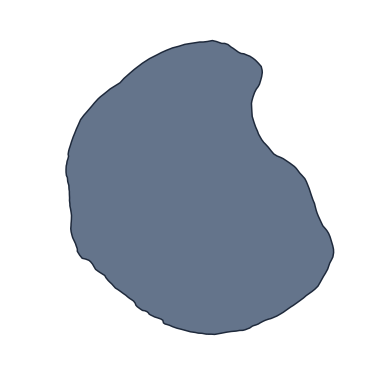 the district of North Nilandhoo, Maldives, rotated 168°
{"feature_id": "70690204B63708858601891", "entity_name": "North Nilandhoo", "entity_type": "district", "adm_level": 2, "iso_a3": "MDV", "parent_name": "Maldives", "parent_adm1": "", "projection": "mercator", "projection_center": [72.923, 3.188], "detail": "fine", "context": "isolated", "style": "filled", "palette": "slate", "viewbox_px": 384, "rotation_deg": 168, "n_neighbors": 0, "source": "geoboundaries", "source_scale": "gbopen_adm2", "svg_char_len": 3010}
<svg xmlns="http://www.w3.org/2000/svg" viewBox="0 0 384 384"><g transform="rotate(168 192 192)"><path d="M168.5,337.9L174.5,337.3L181.1,337.0L187.6,335.9L192.8,334.8L197.8,333.4L205.8,331.3L213.7,328.3L218.8,325.9L222.8,324.0L228.3,321.0L235.0,317.2L239.7,313.8L246.3,311.4L250.7,309.8L256.3,306.9L261.6,304.3L264.5,302.6L268.8,299.5L273.0,296.2L277.3,292.9L281.6,289.7L285.9,286.0L289.5,281.0L292.1,277.5L294.2,274.3L296.8,270.5L299.6,265.9L301.3,262.8L303.0,259.9L304.1,257.8L305.3,254.7L305.3,252.7L306.2,250.7L307.8,248.0L308.8,245.3L309.6,243.7L310.5,240.4L311.1,237.5L311.4,234.2L310.9,232.0L311.4,228.0L311.1,224.0L311.7,220.4L311.8,218.2L312.4,215.3L313.0,211.6L313.6,209.2L313.9,205.8L314.3,203.8L314.3,200.6L314.5,196.7L314.7,194.2L315.6,190.5L316.2,188.3L316.8,186.4L317.3,184.4L318.2,181.3L318.5,178.2L318.4,175.1L318.2,172.1L316.7,165.8L316.5,163.8L316.0,160.2L316.5,157.8L315.1,153.8L313.2,150.0L310.1,148.6L307.0,146.6L305.7,144.9L304.3,142.2L303.4,139.4L302.4,136.4L300.1,133.8L297.9,131.6L294.7,128.5L294.0,126.1L292.4,122.9L291.3,121.2L289.5,118.6L288.1,116.1L286.9,114.0L284.6,111.8L282.4,109.4L280.2,106.9L278.2,104.8L276.9,103.0L275.2,101.0L273.6,99.4L271.8,97.5L270.7,95.1L270.4,92.9L269.4,91.2L267.5,89.0L265.1,86.5L262.7,85.6L260.8,84.2L259.8,82.9L259.3,81.5L257.9,80.2L256.2,78.9L254.6,77.6L251.9,76.1L248.8,74.2L247.2,72.6L247.1,69.9L245.8,68.5L243.8,67.5L241.7,66.3L238.8,64.2L235.0,61.9L230.7,59.8L227.4,58.1L222.6,55.6L217.9,53.9L215.3,52.7L211.6,51.7L207.8,50.1L205.4,49.5L202.6,48.9L199.5,48.0L196.4,47.9L192.7,47.8L187.4,47.7L182.6,47.4L177.7,46.8L174.3,46.7L171.0,46.1L168.8,46.2L163.8,47.0L160.8,48.3L159.4,48.5L157.1,48.7L154.6,49.1L152.4,49.9L149.2,50.8L146.9,51.3L143.8,51.7L141.3,51.8L139.0,52.2L137.1,52.6L134.9,53.0L130.3,54.5L127.7,55.4L123.8,57.1L119.4,59.0L116.6,60.0L112.9,61.6L109.5,63.1L105.1,65.1L101.9,66.9L98.4,68.4L95.4,69.7L92.0,71.4L88.4,73.7L85.5,76.9L81.0,82.1L78.4,84.8L75.3,88.4L73.7,91.1L72.0,93.9L69.7,96.6L67.7,99.2L66.1,103.2L65.5,106.5L65.5,110.1L65.8,113.9L66.1,117.5L66.3,119.6L67.0,123.1L68.1,126.2L69.0,128.0L71.1,131.8L71.9,135.2L72.8,139.2L73.5,142.3L74.0,145.2L74.3,147.9L74.5,151.8L74.6,155.3L75.3,158.8L75.8,162.7L76.1,165.3L76.7,171.0L77.5,175.7L78.0,178.5L78.9,181.7L80.9,185.2L82.6,188.0L85.1,193.4L86.5,195.6L87.9,197.2L89.9,199.5L92.6,202.3L95.7,205.5L97.7,207.1L99.9,208.6L101.3,209.5L104.1,212.2L106.0,215.7L108.0,219.8L110.3,223.7L111.6,225.7L113.0,228.8L114.2,232.6L114.9,234.9L115.3,237.8L116.3,242.6L116.9,247.4L117.4,253.4L116.7,258.4L116.0,262.8L115.4,266.4L114.4,268.8L112.6,272.3L110.0,276.5L107.7,279.3L105.4,281.3L103.6,283.4L101.5,287.2L99.9,290.3L98.4,294.3L98.1,296.6L98.2,300.4L100.2,304.0L101.8,306.6L102.9,308.2L104.6,310.2L107.2,312.8L109.8,314.5L112.5,316.4L115.2,317.3L117.5,319.1L119.4,321.2L121.7,323.8L123.5,325.5L126.2,328.8L129.0,330.5L132.1,331.2L136.8,334.1L140.6,335.9L145.5,336.0L150.1,336.4L153.3,337.1L158.8,337.4L164.0,337.7L168.5,337.9Z" fill="#64748b" stroke="#1e293b" stroke-width="1.5"/></g></svg>